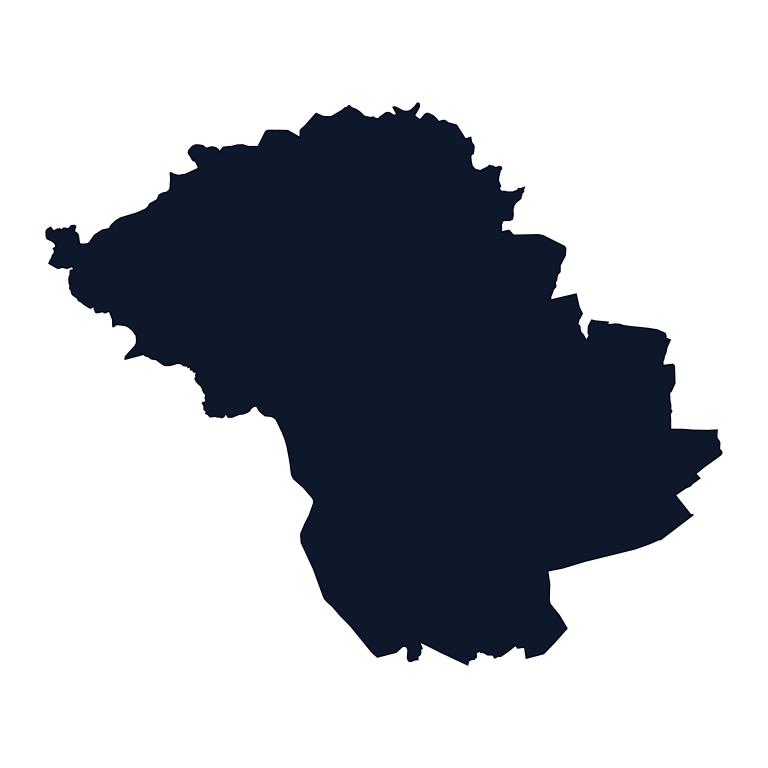 outline of Bien Hoa, Đồng Nai, Vietnam
{"feature_id": "81297802B63438000976754", "entity_name": "Bien Hoa", "entity_type": "district", "adm_level": 2, "iso_a3": "VNM", "parent_name": "Vietnam", "parent_adm1": "Đồng Nai", "projection": "albers", "projection_center": [106.866, 10.914], "detail": "fine", "context": "isolated", "style": "filled", "palette": "ink", "viewbox_px": 768, "rotation_deg": 0, "n_neighbors": 0, "source": "geoboundaries", "source_scale": "gbopen_adm2", "svg_char_len": 6047}
<svg xmlns="http://www.w3.org/2000/svg" viewBox="0 0 768 768"><path d="M470.6,137.4L465.4,139.2L456.5,125.2L448.2,123.0L445.6,121.0L443.6,120.4L439.1,121.6L438.1,121.3L436.5,119.0L433.2,115.8L428.5,113.6L427.0,113.4L425.2,114.2L420.9,119.2L419.4,119.6L414.6,116.0L414.6,115.2L418.8,107.7L419.4,106.0L419.0,103.6L417.9,103.2L417.4,103.2L415.0,106.5L411.8,109.6L409.8,110.8L407.3,111.5L403.4,111.2L395.8,107.2L394.1,106.9L393.2,107.3L396.8,114.0L396.0,115.0L393.7,115.4L389.3,112.7L386.4,112.6L380.6,116.6L378.6,118.7L377.1,118.9L375.1,118.4L373.4,117.1L370.7,117.7L364.2,116.3L360.0,112.2L356.4,109.7L351.9,107.9L349.1,105.6L346.8,107.6L344.9,108.0L342.8,110.0L331.8,116.5L329.0,116.9L323.1,116.6L316.1,113.5L305.5,125.4L300.7,129.9L300.3,130.9L300.3,137.8L287.6,130.6L269.0,130.4L267.2,130.6L265.6,131.7L258.2,146.6L248.4,146.7L242.8,144.9L237.3,145.1L232.1,146.4L223.3,147.3L219.8,151.8L219.2,151.8L218.4,149.9L216.0,147.9L213.5,147.2L211.2,147.0L206.4,148.5L202.7,145.7L198.1,145.0L195.3,145.0L192.3,146.5L189.1,150.1L188.4,152.2L188.6,153.8L190.2,155.7L192.6,160.0L195.8,161.7L198.2,166.7L198.4,168.5L184.8,174.6L178.0,175.5L172.9,174.0L171.3,172.9L170.3,173.0L170.8,178.7L170.2,188.4L168.9,190.8L165.5,192.9L164.5,192.7L162.2,193.4L159.1,195.1L157.2,199.8L149.7,204.0L148.3,206.8L145.2,209.4L136.0,213.4L120.5,218.0L116.2,220.6L111.8,224.6L109.6,228.2L108.6,228.9L102.4,230.1L94.4,235.4L90.0,241.9L87.9,243.9L81.5,244.4L80.5,244.2L79.3,243.0L78.2,235.0L76.5,232.8L74.9,232.3L74.6,231.8L74.6,229.1L75.6,227.0L75.5,226.2L74.1,225.4L71.1,225.9L68.5,228.9L63.9,228.1L60.1,231.2L59.7,230.8L60.3,229.3L59.6,228.8L59.1,229.8L57.5,229.0L53.5,231.3L50.7,227.4L48.5,228.5L46.7,230.1L46.1,231.9L46.4,236.8L47.1,238.6L52.3,241.1L54.1,242.6L55.3,243.8L55.8,246.0L55.6,247.4L53.4,248.5L54.5,250.3L54.3,253.3L52.5,255.3L51.7,258.4L50.6,259.7L49.0,263.4L58.0,268.4L62.4,267.1L65.3,268.0L68.0,268.1L71.5,266.5L73.3,267.5L73.6,269.7L72.9,270.3L71.5,270.1L70.6,270.5L70.2,271.7L70.3,274.6L69.4,276.5L69.0,278.5L69.1,282.5L70.1,285.9L69.8,288.7L71.1,290.0L71.8,293.4L73.0,295.1L77.4,298.1L78.5,300.5L81.1,301.8L84.5,304.6L89.9,308.0L91.0,308.0L93.9,306.4L94.6,306.5L94.5,309.5L95.8,312.3L97.0,312.7L102.4,311.6L103.4,311.8L104.3,312.6L105.5,312.7L108.1,311.4L109.6,311.5L112.7,319.5L112.9,326.5L113.9,326.5L115.1,325.1L117.5,324.4L125.6,325.5L128.5,326.9L132.8,330.5L136.3,335.6L136.7,340.4L136.4,343.5L135.0,346.1L125.4,356.7L125.2,359.1L143.7,354.2L145.4,355.8L148.0,356.4L151.3,358.8L156.5,359.6L160.4,362.7L164.6,365.4L169.6,365.4L174.7,364.2L175.9,363.4L179.2,363.3L181.6,363.9L183.7,365.6L187.0,365.9L188.0,367.4L189.2,366.4L191.4,368.8L190.6,369.0L190.6,369.8L192.8,369.5L193.4,371.5L194.1,372.0L196.6,372.1L196.7,373.4L195.7,374.6L196.2,377.0L195.2,378.3L195.4,379.7L197.3,382.6L201.0,386.1L202.2,387.9L203.6,392.2L206.0,394.6L205.3,398.1L206.1,401.0L205.3,402.2L203.0,402.5L202.5,403.4L204.1,405.8L204.1,409.4L206.2,411.5L206.4,412.6L205.9,413.5L207.9,414.3L210.0,416.8L215.6,416.2L217.4,417.0L219.3,416.8L222.0,417.7L223.9,416.5L224.6,414.8L225.6,414.1L226.6,414.6L228.1,417.1L232.0,417.1L239.5,414.1L242.7,414.0L246.7,412.5L249.2,411.0L250.7,408.5L253.9,406.2L255.9,406.0L257.6,407.2L258.5,409.5L260.3,411.8L264.9,415.6L271.7,416.4L274.2,417.7L276.1,419.3L282.0,431.4L284.9,438.6L287.1,446.1L289.9,460.8L291.7,474.8L293.7,478.7L303.7,487.6L312.6,498.0L313.9,500.7L313.6,503.6L309.1,516.1L305.3,523.3L301.0,533.4L300.8,535.6L301.4,542.7L313.5,568.8L323.7,596.8L325.0,599.2L327.1,601.5L332.1,605.9L340.7,615.8L350.6,625.9L372.2,652.4L377.4,657.0L396.1,652.2L402.2,646.6L404.2,646.1L405.4,646.2L407.0,647.3L408.1,650.1L407.5,657.6L408.0,659.7L409.3,661.3L410.9,661.4L415.5,659.6L417.8,659.6L417.7,657.0L418.5,655.7L420.0,654.7L420.8,652.2L420.2,650.2L422.0,648.4L420.0,643.4L420.1,641.8L442.5,653.0L467.6,664.8L468.7,660.7L471.8,659.3L474.5,659.1L474.5,657.8L476.2,657.4L476.0,652.9L479.4,651.2L480.2,651.0L480.8,652.3L483.6,652.4L487.6,654.8L493.4,654.9L494.3,657.6L495.3,657.8L497.9,656.1L500.7,656.3L508.2,651.1L515.6,645.1L517.7,648.0L523.2,647.2L524.8,647.6L526.3,658.1L543.6,653.6L553.8,643.1L566.9,628.4L559.3,615.6L550.4,604.6L549.7,603.2L549.1,599.4L549.6,584.3L547.6,570.9L562.3,568.0L584.8,561.2L635.3,548.7L649.9,543.5L658.5,539.7L660.8,539.4L693.3,514.6L690.8,515.0L675.1,495.1L686.0,487.6L690.1,486.1L692.3,483.6L699.7,478.2L695.5,473.8L703.4,467.3L719.5,455.7L720.9,454.6L721.9,452.6L721.3,451.2L719.4,449.2L719.7,442.7L718.9,440.9L716.9,438.3L716.7,434.8L717.1,430.1L707.7,430.6L692.7,430.3L682.7,429.5L670.5,429.4L670.4,417.6L670.0,414.5L671.7,411.1L670.6,409.5L670.6,405.0L669.7,400.0L669.5,394.2L669.7,392.5L671.1,391.3L674.8,383.2L674.3,366.0L672.8,364.4L662.9,365.6L662.8,360.7L663.5,359.9L664.5,355.3L665.6,353.2L666.9,347.1L670.2,339.9L665.5,338.1L665.3,337.7L666.0,336.5L665.1,333.5L657.4,330.0L648.1,328.5L629.5,326.6L623.4,325.7L619.6,324.4L614.7,324.1L607.7,325.1L608.0,322.2L595.5,321.1L591.8,320.2L588.6,326.1L588.2,333.0L589.4,335.5L586.6,340.4L585.7,339.6L583.3,335.0L581.2,333.0L580.2,330.6L579.7,326.1L578.1,324.6L577.7,323.0L578.4,321.7L578.9,319.2L580.1,317.8L582.2,313.6L579.0,307.1L576.1,294.1L552.5,299.7L550.5,300.5L550.7,296.1L551.5,294.7L553.3,289.4L555.7,286.7L555.1,281.8L556.4,280.5L557.3,274.8L560.0,271.7L560.0,265.4L565.2,255.3L565.7,248.4L564.3,246.4L542.9,235.7L538.4,234.8L513.5,235.3L509.0,230.4L501.0,232.1L501.4,228.3L501.2,224.6L503.1,220.3L509.7,220.3L512.2,219.2L513.1,215.5L512.8,209.7L513.9,205.3L515.7,202.6L520.9,198.3L520.8,196.6L521.6,195.5L521.5,194.4L522.3,192.6L523.6,191.6L523.1,190.4L524.2,187.5L520.2,188.9L518.4,188.6L518.3,189.4L516.8,190.9L515.2,191.1L513.0,192.2L506.5,192.1L505.8,191.6L501.0,191.4L499.4,189.0L499.6,187.0L500.5,186.2L498.3,180.8L498.5,177.2L500.4,169.5L501.3,169.3L501.6,168.4L501.2,167.2L499.7,166.5L497.2,167.4L494.9,167.5L492.4,166.0L490.0,166.0L489.3,165.5L488.2,166.8L480.4,170.8L475.3,169.6L472.1,166.1L471.1,161.8L470.6,156.4L471.4,154.4L473.2,153.5L474.0,146.9L473.6,145.2L471.6,142.7L470.6,137.4Z" fill="#0f172a" stroke="#020617" stroke-width="1.5"/></svg>